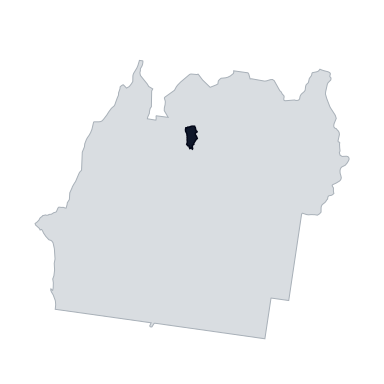 location of Ar Rahad, North Kordufan, Sudan, rotated 188°
{"feature_id": "16777658B34397203362025", "entity_name": "Ar Rahad", "entity_type": "district", "adm_level": 2, "iso_a3": "SDN", "parent_name": "Sudan", "parent_adm1": "North Kordufan", "projection": "robinson", "projection_center": [30.672, 12.815], "detail": "fine", "context": "in_parent", "style": "filled", "palette": "ink", "viewbox_px": 384, "rotation_deg": 188, "n_neighbors": 0, "source": "geoboundaries", "source_scale": "gbopen_adm2", "svg_char_len": 5278}
<svg xmlns="http://www.w3.org/2000/svg" viewBox="0 0 384 384"><g transform="rotate(188 192 192)"><path d="M262.4,315.0L259.0,315.0L258.7,314.1L258.7,311.6L259.1,309.7L260.3,306.8L260.0,305.1L260.2,302.8L259.3,300.2L251.2,292.6L249.6,290.5L245.2,288.6L246.0,286.4L244.1,270.8L245.0,269.1L245.3,266.3L245.2,263.9L246.3,260.0L246.4,258.3L237.8,258.1L237.7,259.9L238.1,261.8L238.0,262.5L226.0,262.6L230.8,268.7L231.1,271.4L230.8,274.7L230.9,276.9L231.1,278.2L232.4,281.0L232.4,281.5L232.1,282.1L223.5,290.3L222.1,294.1L221.0,296.0L218.5,299.4L210.7,308.1L209.5,308.7L203.5,309.0L202.9,309.2L202.5,309.6L202.2,309.5L197.1,304.4L188.6,298.2L183.0,301.4L181.4,302.6L181.4,305.6L180.5,307.1L179.0,308.7L174.8,309.7L172.6,310.6L170.1,312.3L167.5,315.1L167.3,316.5L167.6,317.8L153.2,317.8L152.2,316.7L150.2,312.1L148.7,312.4L135.5,311.9L133.7,312.4L129.9,314.2L128.0,314.6L126.1,313.7L119.2,304.6L117.7,303.6L116.1,301.4L114.7,300.4L114.2,299.8L114.0,298.8L114.1,296.8L113.6,295.6L112.5,295.3L103.2,297.4L101.9,297.1L99.9,297.5L99.2,297.9L98.4,299.1L98.3,301.6L98.0,302.8L97.3,304.2L94.7,307.2L94.1,308.6L94.2,312.0L94.0,313.7L93.6,314.5L92.5,315.8L92.0,316.5L91.6,320.8L90.1,323.5L89.8,324.4L89.7,326.3L89.4,326.9L85.2,328.4L83.7,329.3L82.7,330.8L82.4,331.4L80.6,330.9L78.4,330.5L74.0,330.0L72.2,329.4L71.4,328.3L71.7,325.7L71.2,325.1L70.5,324.7L70.1,323.5L70.2,322.2L72.5,319.1L73.0,317.5L73.6,309.9L73.5,307.6L71.6,303.3L67.5,295.9L66.5,294.5L61.2,288.4L60.6,287.5L59.4,285.0L60.8,279.4L60.9,277.8L60.6,276.2L59.2,275.0L58.1,274.9L56.5,273.4L55.5,272.7L54.6,271.4L54.0,269.5L54.5,262.9L54.2,262.1L52.9,261.8L52.5,261.3L52.6,260.1L51.9,256.3L51.1,253.2L51.6,251.5L50.5,249.1L48.3,248.1L44.1,248.9L42.8,248.8L41.9,248.3L41.3,247.5L41.0,246.5L41.3,244.9L42.5,242.1L44.0,239.8L47.1,237.7L47.9,236.6L48.3,235.3L48.4,233.9L48.2,232.4L47.9,231.1L47.0,229.2L46.2,227.1L46.2,225.7L46.6,224.6L47.4,223.4L50.5,220.9L53.6,218.9L54.1,218.2L53.9,217.4L52.5,215.7L52.1,212.5L51.3,210.2L52.9,208.5L54.0,207.9L55.8,207.4L56.5,206.7L56.8,205.3L56.7,204.0L57.4,203.0L58.3,201.0L59.0,200.0L61.3,197.6L61.9,196.0L62.0,194.5L61.4,190.0L62.8,188.0L64.6,186.5L67.1,186.6L70.9,186.2L73.5,185.6L75.4,185.6L79.7,186.4L80.1,186.1L80.4,184.9L81.1,98.0L98.8,98.0L99.0,97.9L99.4,56.8L210.3,56.9L211.2,56.7L212.9,52.9L213.7,52.6L214.8,52.8L215.2,53.7L214.3,56.8L311.1,56.8L311.3,61.5L312.2,65.3L315.0,70.6L317.3,73.5L318.2,75.1L318.3,75.9L318.2,76.5L317.5,75.8L316.3,75.2L316.1,77.7L316.7,82.9L317.8,86.5L317.1,89.8L317.2,95.5L318.5,102.2L318.3,106.6L320.4,116.7L322.5,122.3L323.6,123.6L324.8,124.4L327.1,124.8L330.6,127.7L333.3,130.7L334.3,132.3L335.7,134.0L336.6,133.7L337.1,133.2L338.0,134.6L342.4,137.6L343.0,139.0L341.5,140.4L339.7,142.8L338.9,145.0L338.4,145.7L337.0,147.0L336.7,147.7L336.1,148.1L335.4,148.2L334.0,148.9L332.7,148.7L331.3,149.1L330.8,149.6L329.8,150.1L328.3,150.3L326.1,152.2L324.1,153.1L323.5,153.8L322.5,157.5L321.7,158.5L318.8,158.6L317.4,158.9L315.4,158.5L314.5,158.5L314.3,159.3L313.9,162.5L314.0,163.9L312.4,167.5L312.9,174.2L311.4,179.3L311.2,180.5L309.6,184.5L308.8,186.0L306.8,193.5L306.1,195.8L304.4,198.2L306.2,216.2L304.8,221.8L304.9,224.8L303.9,229.2L303.1,231.3L301.8,233.8L300.7,236.6L299.8,240.2L299.2,247.1L298.9,247.8L293.7,248.6L292.1,249.1L291.0,249.9L289.7,251.7L287.0,256.5L285.7,259.5L283.5,263.6L281.0,266.5L280.5,267.9L280.0,270.5L279.1,274.7L278.3,277.6L278.5,280.0L277.7,284.1L277.8,286.1L276.9,287.2L275.7,288.3L274.9,288.6L271.3,285.8L268.8,287.7L267.2,290.4L266.0,293.1L266.7,298.8L266.6,300.0L266.3,301.4L263.9,307.0L263.2,309.5L262.5,314.0L262.4,315.0Z" fill="#d9dde1" stroke="#a8b0b8" stroke-width="1"/><path d="M206.2,250.4L205.9,250.1L205.2,248.9L204.8,247.2L204.5,246.9L204.5,245.5L204.2,244.5L204.2,244.4L204.1,243.0L203.8,241.8L203.7,241.7L203.6,240.7L203.6,240.2L203.6,239.8L203.7,239.6L203.8,239.0L203.8,238.8L203.9,238.5L202.6,237.2L201.5,237.3L201.5,237.1L200.9,236.0L200.9,235.8L200.5,235.3L200.2,234.7L199.6,235.0L199.3,235.2L199.1,235.3L198.9,235.5L198.7,235.5L198.4,235.4L198.2,235.3L198.0,235.2L197.8,234.5L197.6,234.4L197.3,235.0L197.2,235.3L197.3,235.2L197.9,236.3L197.9,236.5L197.9,236.8L198.0,237.1L198.1,238.3L197.7,238.6L196.8,239.5L196.9,240.0L197.1,240.4L196.7,241.4L196.6,241.5L195.0,245.0L194.6,245.2L194.4,245.5L194.2,245.7L194.3,245.9L194.4,246.2L194.6,246.5L194.8,246.7L195.3,247.8L196.3,248.8L196.4,248.7L196.7,249.2L196.9,250.8L196.4,251.3L196.2,251.4L196.0,251.6L195.4,252.1L195.3,252.3L195.4,252.5L195.6,252.6L195.9,253.0L196.0,253.0L196.3,253.1L196.5,253.3L196.7,253.5L196.8,253.8L196.9,254.1L197.0,254.3L197.2,254.8L197.3,255.0L197.4,255.4L197.5,255.8L197.6,256.0L197.7,256.3L197.8,256.4L198.0,256.6L198.2,256.8L198.3,256.9L198.3,257.0L198.5,257.2L198.6,257.3L198.8,257.4L198.7,257.4L198.7,257.5L198.9,257.5L199.0,257.5L199.2,257.4L199.3,257.4L199.8,257.4L201.3,257.2L201.9,256.9L202.1,256.8L202.5,256.7L202.9,256.4L203.2,256.2L203.8,256.0L204.4,255.8L204.7,255.7L205.2,255.7L205.3,255.6L205.5,255.2L205.7,254.9L205.9,254.9L206.0,254.9L206.5,254.9L207.0,254.8L207.1,254.7L207.1,254.4L207.0,254.2L207.1,253.9L207.1,253.7L207.1,253.4L207.1,253.1L207.1,252.9L207.1,252.7L207.0,252.3L206.9,251.8L206.8,251.4L206.7,251.2L206.5,250.9L206.4,250.7L206.2,250.4L206.2,250.4Z" fill="#0f172a" stroke="#020617" stroke-width="1.5"/></g></svg>